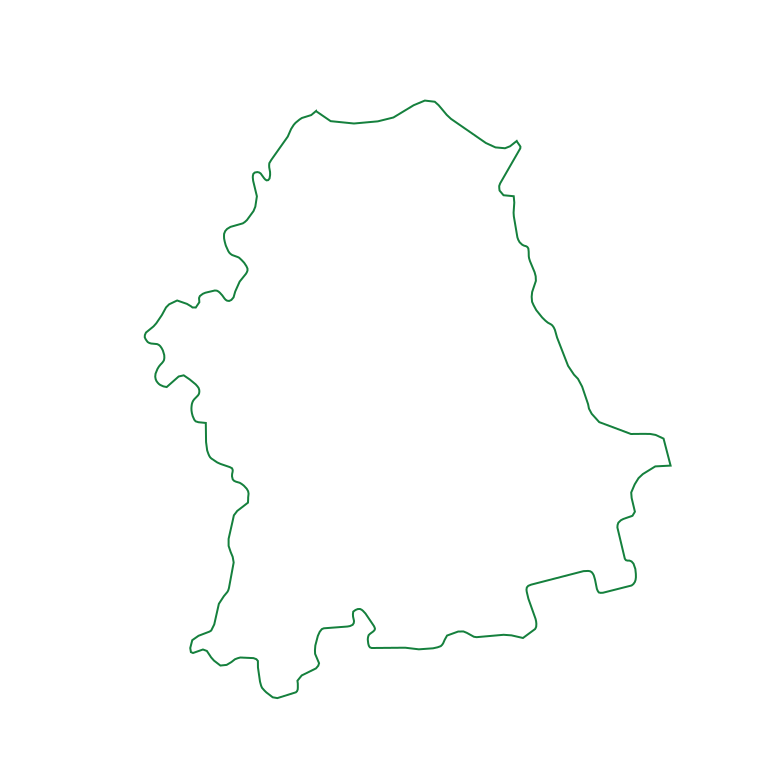 outline of Chechnya, rotated 165°
{"feature_id": "RUS-2416", "entity_name": "Chechnya", "entity_type": "Republic", "adm_level": 1, "iso_a3": "RUS", "parent_name": "Russia", "parent_adm1": "", "projection": "equal_earth", "projection_center": [45.92, 43.243], "detail": "fine", "context": "isolated", "style": "outline", "palette": "green", "viewbox_px": 768, "rotation_deg": 165, "n_neighbors": 0, "source": "natural_earth", "source_scale": "10m", "svg_char_len": 4906}
<svg xmlns="http://www.w3.org/2000/svg" viewBox="0 0 768 768"><g transform="rotate(165 384 384)"><path d="M271.2,647.2L261.9,643.5L259.1,639.2L256.0,632.6L253.8,627.8L250.7,622.8L223.2,590.4L215.1,583.7L206.1,580.4L200.7,581.0L192.9,584.4L192.7,583.4L191.0,578.7L190.8,577.9L191.4,576.3L219.9,547.7L221.5,545.4L222.0,543.1L222.3,540.9L219.7,535.4L210.1,531.8L211.2,525.5L214.5,515.9L215.2,512.3L217.2,491.1L217.0,488.6L216.3,485.8L214.4,482.7L212.8,481.3L211.2,480.4L210.1,479.3L209.5,477.6L210.0,474.4L211.1,469.9L211.3,468.0L211.2,464.9L209.6,453.0L209.6,448.8L210.6,444.3L217.1,434.5L218.8,430.0L219.7,425.1L219.1,421.3L217.8,415.9L214.0,407.3L211.7,403.4L209.9,400.9L207.3,398.4L206.3,397.1L205.4,394.8L204.9,392.0L204.8,384.1L201.5,353.9L198.1,343.9L195.3,338.8L193.3,330.2L192.1,311.6L192.4,307.2L191.1,301.5L186.0,291.5L158.4,271.8L147.1,268.9L139.9,266.9L134.8,264.5L128.1,258.9L128.3,231.0L143.3,234.2L157.3,230.0L162.5,227.2L167.8,222.2L173.3,215.2L174.3,209.8L174.7,195.7L178.1,192.4L187.6,191.7L190.4,191.1L193.5,189.4L194.9,187.3L195.7,185.0L196.6,152.9L195.9,151.2L194.5,150.4L192.6,149.9L190.8,148.5L189.5,145.9L189.1,140.3L189.9,135.3L190.7,132.1L191.7,129.7L192.9,127.9L194.9,126.2L197.0,125.3L226.5,125.7L228.8,126.2L230.5,127.1L231.1,128.9L231.4,131.0L230.8,140.5L230.9,144.9L231.4,146.9L232.1,148.5L233.4,149.8L235.2,150.6L239.7,151.6L293.8,152.1L296.9,151.7L298.7,150.5L299.6,148.5L299.9,146.4L300.1,139.2L298.4,117.9L298.5,115.4L298.9,112.9L299.8,110.2L300.9,108.8L301.5,108.2L315.5,102.7L325.9,108.2L333.4,110.8L360.1,115.5L362.6,116.6L368.4,122.2L371.3,124.4L376.4,125.7L388.2,124.7L391.6,121.2L394.0,118.2L395.4,117.0L397.0,116.1L400.4,115.8L405.0,116.0L419.0,118.7L431.8,123.8L464.3,132.2L465.8,133.3L466.4,135.1L466.4,137.3L466.1,139.5L465.8,141.4L465.3,142.8L464.7,144.0L463.8,145.4L462.2,146.3L458.6,147.7L457.0,148.6L456.1,149.8L456.1,151.3L456.4,152.9L461.3,167.1L463.0,170.3L464.0,171.7L465.4,172.9L467.6,173.4L470.0,173.1L472.6,172.1L473.6,169.7L474.1,167.3L474.3,162.8L475.1,160.9L476.6,159.5L479.5,159.0L482.1,159.2L505.4,163.6L507.5,163.3L510.2,161.3L513.1,157.8L518.0,149.2L519.6,144.7L520.4,141.2L519.0,131.1L520.4,128.9L523.3,126.9L538.9,123.8L544.4,119.8L544.8,116.9L545.8,113.1L546.4,111.3L547.5,109.8L548.9,109.0L568.3,108.2L572.6,110.2L577.5,116.6L578.8,118.8L580.4,122.0L580.7,123.6L580.8,125.0L580.8,128.6L579.1,142.9L577.5,149.1L578.5,151.2L581.0,153.0L593.6,157.0L596.2,157.0L599.2,156.7L603.4,154.9L608.7,153.4L614.9,154.4L619.8,160.8L621.8,164.8L622.3,166.4L624.2,172.0L627.6,174.4L638.1,173.6L639.9,175.0L639.5,179.1L635.5,186.2L628.3,188.8L616.6,190.0L614.7,190.6L610.2,195.7L600.4,214.4L593.6,220.5L589.2,223.6L588.1,224.7L587.4,225.7L586.6,227.0L575.4,250.5L574.9,256.2L575.6,261.4L576.0,267.8L574.2,274.6L566.0,290.2L563.0,296.0L558.6,299.4L546.1,304.6L545.0,308.0L544.6,309.5L543.2,313.1L543.0,315.6L543.7,318.3L545.7,322.1L547.3,324.2L548.9,325.9L552.2,327.9L553.8,329.2L554.8,331.0L554.7,334.2L554.0,336.4L553.0,338.3L552.4,340.0L552.6,341.9L554.4,343.6L562.6,349.1L565.4,351.4L570.1,356.8L570.9,358.2L571.4,359.9L571.7,361.8L572.0,365.6L570.9,374.0L566.2,392.5L573.1,395.1L575.6,396.7L576.5,398.6L577.1,402.5L577.1,405.5L576.8,408.2L576.3,410.4L575.6,412.4L574.8,414.3L573.8,415.9L572.6,417.3L571.2,418.4L566.5,421.2L565.2,422.5L564.4,424.2L564.0,426.0L564.1,428.1L564.8,430.0L566.0,432.4L570.5,438.7L575.2,444.2L580.4,444.4L594.7,437.3L597.7,438.8L600.4,441.0L601.5,442.4L602.3,443.9L603.0,445.7L603.3,447.7L603.1,450.2L602.0,453.1L598.9,457.2L596.8,459.2L594.7,460.7L593.3,461.5L592.2,462.3L591.3,463.0L590.3,464.1L589.4,466.1L588.8,468.8L588.9,473.5L589.5,476.2L590.3,478.4L591.1,479.7L592.0,480.6L592.9,481.3L598.5,483.4L600.1,484.4L601.4,485.7L602.1,487.4L602.7,489.2L603.0,491.1L602.3,493.2L600.6,495.3L591.7,499.3L588.2,501.6L580.7,508.1L574.7,514.4L570.9,516.6L562.2,518.2L553.6,512.4L550.3,509.0L549.2,507.5L546.0,506.6L541.2,510.8L540.4,514.9L539.1,516.6L535.7,518.0L532.9,518.4L523.2,518.1L521.3,517.4L520.0,516.2L519.0,514.8L517.3,511.5L516.0,508.0L515.2,506.4L514.0,505.1L512.1,504.3L509.7,504.7L506.9,506.6L503.8,511.8L496.9,520.3L488.8,526.2L487.6,527.4L486.5,528.9L486.0,530.8L486.4,533.4L487.7,537.3L489.4,540.5L491.2,543.4L492.3,544.4L497.3,547.9L498.5,549.3L499.4,550.8L500.0,552.6L500.9,558.1L501.0,559.4L501.0,562.7L500.8,565.9L500.3,568.1L499.6,570.4L497.8,572.8L495.4,574.4L491.6,575.5L478.8,575.7L476.5,576.5L474.0,577.8L465.3,584.8L462.4,588.6L458.2,598.2L457.8,614.1L457.3,617.4L456.8,619.0L455.8,620.8L454.1,621.7L451.5,621.5L449.8,620.6L448.6,619.2L446.6,613.9L445.8,612.3L444.7,611.1L443.1,610.9L441.4,612.1L439.9,615.4L439.2,618.2L438.8,623.0L438.3,625.1L437.6,627.0L434.7,629.8L412.9,647.9L407.7,654.4L404.1,657.7L401.8,659.2L397.2,661.3L394.5,662.2L384.7,662.6L378.9,665.3L378.9,665.0L367.5,651.7L345.6,643.4L322.0,639.3L305.9,639.0L283.2,645.6L271.2,647.2Z" fill="none" stroke="#15803d" stroke-width="2"/></g></svg>